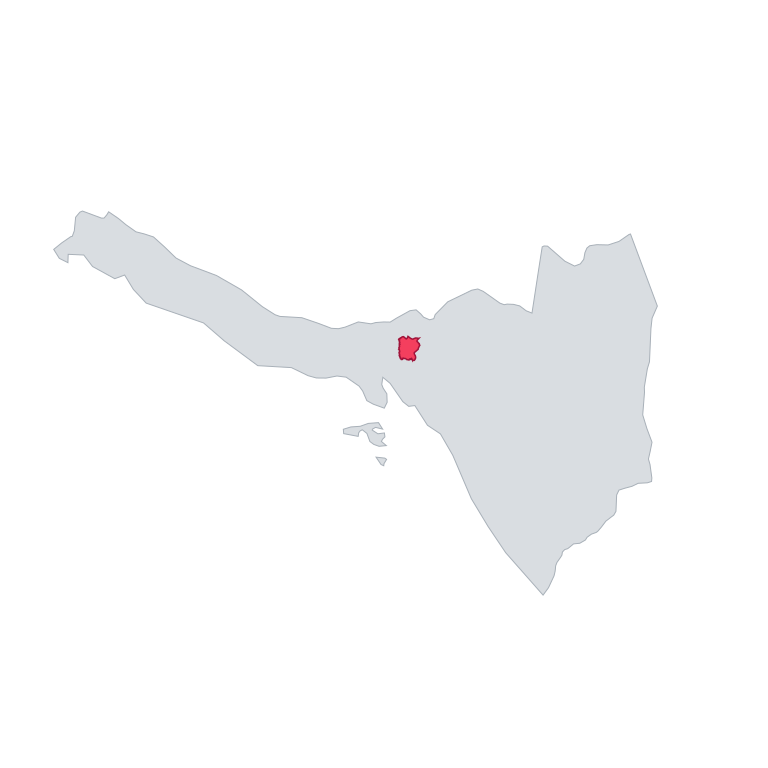 Adi Keyh, Debub, Eritrea (highlighted), rotated 165°
{"feature_id": "51966322B55590653223248", "entity_name": "Adi Keyh", "entity_type": "district", "adm_level": 2, "iso_a3": "ERI", "parent_name": "Eritrea", "parent_adm1": "Debub", "projection": "albers", "projection_center": [39.429, 14.884], "detail": "fine", "context": "in_parent", "style": "filled", "palette": "rose", "viewbox_px": 768, "rotation_deg": 165, "n_neighbors": 0, "source": "geoboundaries", "source_scale": "gbopen_adm2", "svg_char_len": 6294}
<svg xmlns="http://www.w3.org/2000/svg" viewBox="0 0 768 768"><g transform="rotate(165 384 384)"><path d="M107.1,465.1L104.7,439.9L103.1,423.1L101.4,405.3L99.8,388.5L108.0,378.2L111.8,368.5L121.8,336.8L125.7,330.5L133.4,313.5L134.5,308.6L142.1,287.2L141.6,272.9L140.2,258.4L144.4,249.9L148.0,243.1L147.9,237.4L149.6,223.9L150.8,220.6L155.2,220.4L164.2,222.3L170.9,221.0L178.5,221.0L184.5,220.7L188.0,216.6L192.9,201.0L196.1,197.8L198.5,196.9L205.2,194.1L211.1,189.5L215.8,186.3L217.5,185.7L222.5,185.3L227.5,183.4L229.8,181.2L236.1,179.5L242.3,180.5L246.4,178.6L249.2,177.4L252.3,177.3L255.2,175.5L256.4,172.7L258.3,170.9L263.1,166.9L265.3,163.9L266.3,161.0L267.3,158.6L269.4,154.7L277.8,144.7L285.0,138.9L310.1,189.5L320.3,219.3L329.3,250.5L336.0,297.3L342.4,321.2L352.7,332.9L359.8,355.2L365.9,356.0L370.4,362.1L377.9,383.0L383.4,390.8L386.3,384.1L385.9,380.2L383.8,373.8L385.7,365.5L390.0,360.6L399.6,367.3L404.9,372.4L406.4,382.7L408.6,388.4L418.8,400.4L427.4,403.9L438.4,404.7L447.7,407.3L455.2,411.7L469.2,423.8L501.2,434.4L527.2,467.1L542.5,489.7L592.8,523.7L601.6,540.2L606.3,556.4L616.8,555.4L635.1,572.9L640.6,586.3L655.5,591.0L657.9,583.0L665.1,589.4L668.2,599.5L658.8,603.7L648.4,607.4L646.9,607.3L643.5,612.1L638.7,624.9L633.3,628.7L630.5,629.1L614.0,617.4L611.5,616.7L608.0,619.1L605.4,621.6L597.7,612.6L592.1,604.7L584.2,595.2L576.7,591.0L568.6,585.7L560.5,573.2L552.3,559.5L540.3,548.3L517.8,532.2L497.2,511.7L481.5,490.2L471.3,479.1L467.0,476.2L446.2,469.3L431.6,459.5L420.4,451.4L413.6,449.2L406.9,449.0L392.8,450.6L381.0,445.5L376.1,445.5L368.2,444.0L362.0,442.2L354.8,444.4L339.9,448.1L333.8,447.3L330.4,442.2L328.5,438.3L323.3,434.2L319.0,434.2L316.6,437.8L301.1,446.9L275.0,451.9L268.8,451.5L264.2,447.8L251.1,432.1L247.4,429.5L244.4,429.3L238.3,427.4L232.7,424.3L227.7,417.9L222.7,414.2L217.2,426.7L207.6,448.6L202.4,460.4L195.7,475.5L193.7,475.9L190.3,474.8L177.5,455.8L169.4,448.6L163.3,449.2L158.8,452.7L155.9,458.9L152.8,462.8L149.5,464.3L142.4,463.5L131.5,460.3L120.2,460.9L108.6,465.0L107.1,465.1ZM413.3,340.7L416.8,345.4L419.2,344.9L421.1,343.4L422.5,340.1L435.8,346.5L435.0,350.8L427.1,351.1L417.9,349.3L409.4,350.0L399.3,348.1L397.0,340.8L403.4,344.3L406.8,343.4L407.3,342.5L402.8,337.5L396.3,336.6L396.8,332.7L399.6,331.1L401.4,329.2L397.7,323.9L404.9,325.1L409.5,328.3L412.5,332.1L413.3,340.7ZM407.7,307.0L410.6,315.4L402.4,312.2L401.0,310.5L404.6,307.1L405.4,305.1L407.7,307.0Z" fill="#d9dde1" stroke="#a8b0b8" stroke-width="1"/><path d="M350.2,399.2L350.1,399.3L349.8,399.3L349.6,399.3L349.5,399.2L348.9,399.0L348.6,399.0L348.3,399.2L348.0,399.5L347.8,399.6L347.6,399.8L347.5,400.1L347.3,400.2L347.2,400.5L346.8,400.8L346.7,400.9L346.5,401.9L346.4,403.0L346.5,403.4L346.7,404.1L346.8,404.5L346.9,404.9L346.9,405.8L346.6,406.5L345.7,406.9L344.2,407.6L343.5,408.0L342.8,408.3L342.0,408.7L341.9,409.1L341.7,409.4L341.5,409.7L341.3,410.1L341.0,410.4L340.8,410.6L340.7,410.7L340.5,410.9L340.4,411.2L340.1,411.5L339.8,411.8L339.5,411.9L339.5,412.5L339.5,412.8L339.6,413.1L339.7,413.3L339.5,413.5L339.5,413.8L339.8,414.1L339.8,414.3L340.0,414.6L340.2,414.8L340.3,415.4L340.7,416.0L340.9,416.2L340.9,416.4L341.0,416.6L340.9,416.7L340.9,416.9L341.0,417.0L340.9,417.2L340.8,417.4L340.5,417.8L340.3,417.9L340.2,418.0L339.9,418.2L339.7,418.3L339.3,418.6L339.1,418.6L338.7,418.9L338.4,419.1L338.8,419.1L339.0,419.2L339.3,419.3L339.5,419.4L339.7,419.5L339.9,419.6L340.2,419.8L340.5,419.9L341.2,420.1L341.3,420.2L341.5,420.1L341.9,420.2L342.2,420.2L342.5,420.2L342.8,420.2L343.1,420.2L343.5,420.0L344.1,419.9L344.6,419.9L344.8,420.0L345.0,420.1L345.5,420.4L345.7,420.6L346.0,420.8L346.4,421.2L346.5,421.3L346.7,421.5L346.9,421.7L347.0,421.8L347.1,422.0L347.3,422.2L347.4,422.4L347.7,422.8L347.9,423.0L348.0,423.2L348.5,423.8L348.7,423.5L348.8,423.3L349.0,423.1L349.4,422.7L349.9,422.2L350.0,422.1L350.6,421.8L350.8,421.8L351.4,422.3L351.5,422.6L351.6,422.8L351.9,423.3L352.0,423.4L352.1,423.5L352.3,423.9L352.4,424.0L352.6,424.2L352.8,424.4L352.8,424.5L353.1,424.7L353.2,424.8L353.3,424.8L353.6,424.8L353.8,424.8L354.1,424.8L354.3,424.8L354.6,424.7L355.1,424.4L355.8,424.1L356.0,424.1L356.2,424.3L356.3,424.3L356.4,424.2L356.5,424.1L356.6,423.9L356.8,423.9L357.0,423.9L357.3,423.8L357.3,423.6L357.5,423.7L357.9,423.7L358.0,423.6L358.2,423.4L358.0,423.2L358.2,422.9L358.2,422.7L358.2,422.3L358.1,422.1L358.1,421.9L358.1,421.7L357.9,421.6L358.0,421.4L358.2,421.2L358.2,420.9L358.1,420.7L358.2,420.4L358.0,420.2L358.2,419.9L358.3,419.8L358.2,419.7L358.3,419.5L358.4,419.4L358.5,419.3L358.6,419.2L358.8,418.9L358.7,418.8L358.7,418.7L358.8,418.6L358.6,418.4L358.8,418.3L358.8,418.2L358.7,418.1L358.9,418.0L359.0,417.7L359.0,417.4L359.2,417.2L359.3,417.0L359.4,416.9L359.4,416.4L359.5,416.1L359.4,416.0L359.5,415.9L359.6,415.7L359.8,415.6L360.0,415.5L360.0,415.4L360.0,415.2L360.3,414.9L360.2,414.6L360.2,414.3L360.2,414.2L360.3,414.0L360.4,413.9L360.7,413.7L360.4,413.4L360.3,413.2L360.5,412.6L360.5,412.1L360.4,412.0L360.3,411.9L360.4,411.6L360.4,411.4L360.5,411.2L360.6,410.9L360.8,410.9L361.0,410.9L361.3,410.6L361.4,410.0L361.4,409.9L361.4,409.6L361.3,409.0L361.3,408.9L361.4,408.7L361.5,408.5L361.5,408.4L361.6,408.2L361.4,408.2L361.5,408.0L361.5,407.8L361.7,407.7L361.6,407.4L361.7,407.2L361.8,407.2L361.8,406.9L361.6,406.8L361.5,406.7L361.8,406.4L361.8,406.2L361.7,406.1L361.5,405.9L361.4,405.7L361.3,405.4L361.5,405.4L361.6,405.2L361.2,404.9L361.2,404.7L361.3,404.6L361.4,404.4L361.5,404.3L361.5,404.2L361.3,403.9L361.1,403.7L360.8,403.3L360.8,403.2L360.7,403.2L360.3,403.1L360.0,403.0L359.8,403.0L359.7,403.0L359.6,403.3L359.6,403.6L359.6,403.8L359.4,404.0L359.0,404.0L358.8,404.0L358.5,403.9L358.3,403.8L358.2,403.7L358.0,403.4L357.8,403.3L357.4,403.3L357.0,403.2L356.7,403.0L356.6,402.9L356.4,402.6L356.2,402.4L355.9,402.1L355.7,401.8L355.6,401.6L355.4,401.5L355.1,401.4L354.8,401.4L354.7,401.4L354.5,401.2L354.3,401.1L354.2,401.0L353.9,400.8L353.6,400.8L353.2,400.8L353.0,401.1L353.0,401.3L352.9,401.5L352.7,401.5L352.7,401.4L352.5,401.2L352.4,401.0L352.2,401.0L352.0,400.9L351.9,400.9L351.8,401.0L351.7,401.1L351.4,401.3L351.4,401.2L351.2,401.3L351.2,401.5L350.9,401.5L350.7,401.5L350.6,401.3L350.7,401.0L350.6,400.7L350.6,400.3L350.7,400.2L350.4,399.8L350.2,399.8L350.1,399.7L350.2,399.4L350.2,399.2Z" fill="#f43f5e" stroke="#9f1239" stroke-width="1.5"/></g></svg>